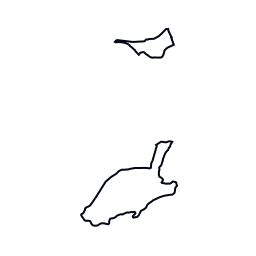 the district of Miri, Sarawak, Malaysia, rotated 61°
{"feature_id": "92858781B82463401188704", "entity_name": "Miri", "entity_type": "district", "adm_level": 2, "iso_a3": "MYS", "parent_name": "Malaysia", "parent_adm1": "Sarawak", "projection": "natural_earth1", "projection_center": [115.075, 3.792], "detail": "fine", "context": "isolated", "style": "outline", "palette": "ink", "viewbox_px": 256, "rotation_deg": 61, "n_neighbors": 0, "source": "geoboundaries", "source_scale": "gbopen_adm2", "svg_char_len": 3573}
<svg xmlns="http://www.w3.org/2000/svg" viewBox="0 0 256 256"><g transform="rotate(61 128 128)"><path d="M198.4,112.5L198.2,112.8L197.9,113.2L196.6,114.5L196.6,115.3L197.0,117.3L196.9,118.6L196.3,119.4L195.1,121.9L194.3,122.6L193.8,123.2L193.3,124.1L192.4,125.0L191.8,125.0L191.6,124.4L191.0,123.4L190.5,122.7L189.9,122.4L188.5,122.6L187.6,123.0L186.9,123.5L185.8,124.1L184.3,123.9L182.0,122.6L181.0,122.0L179.8,120.8L179.1,120.5L178.0,120.1L177.5,119.6L177.2,118.7L176.9,117.5L176.5,116.7L175.9,116.1L174.1,114.3L173.3,113.4L172.0,112.4L171.2,111.4L170.6,110.6L169.5,109.4L167.7,106.9L167.3,105.9L166.9,104.6L166.7,103.6L165.9,102.8L165.4,102.2L165.0,101.5L164.8,100.6L164.5,100.1L163.4,99.1L162.9,98.5L162.6,97.9L161.5,96.0L160.7,96.9L159.8,98.1L159.4,99.0L159.2,100.4L158.9,101.8L158.2,102.8L157.3,103.9L156.7,104.6L156.1,105.8L156.4,111.7L157.6,111.5L168.9,122.8L169.9,124.5L171.5,125.7L173.9,127.3L173.7,129.0L172.7,130.0L171.3,132.3L166.4,141.2L164.8,145.8L164.4,147.7L162.4,152.1L161.4,153.8L161.3,157.1L161.8,158.6L162.4,160.9L162.5,164.4L162.7,166.9L163.7,171.5L164.1,173.5L171.4,186.8L175.0,193.6L176.3,196.3L176.9,197.6L177.5,199.3L177.5,200.8L177.2,202.3L177.5,204.0L177.5,204.5L179.0,205.5L179.4,206.4L179.8,207.0L180.3,207.4L180.7,208.2L180.9,209.4L180.8,210.5L181.4,211.2L182.4,211.2L183.1,211.2L184.5,211.0L185.5,210.9L186.2,210.9L187.0,210.9L187.5,210.7L188.1,210.4L188.8,209.7L189.3,208.9L189.6,208.1L190.4,206.9L191.1,206.3L191.9,206.3L192.6,206.3L193.4,206.3L194.3,206.4L195.0,206.3L195.6,206.1L196.2,205.7L197.1,204.8L197.6,204.1L197.9,203.4L198.6,201.6L198.4,200.6L198.3,199.4L198.4,198.0L198.7,196.9L199.3,195.9L200.2,194.7L200.9,193.9L202.0,192.9L202.6,191.9L202.5,191.2L202.1,190.6L200.8,189.9L199.9,189.1L199.3,188.4L198.8,187.6L198.9,186.6L199.2,185.9L199.5,185.0L199.8,184.4L199.9,183.4L199.9,182.3L199.4,180.2L199.5,178.4L199.7,177.5L199.8,176.5L200.2,175.8L200.4,175.4L200.9,174.9L201.0,174.2L201.1,173.1L201.1,172.2L201.1,171.4L201.3,170.7L201.4,169.7L201.8,169.1L202.5,168.1L202.8,166.8L202.9,166.1L203.4,165.5L203.6,165.1L203.9,164.4L204.2,163.6L204.7,162.8L205.5,162.6L206.1,162.8L206.6,163.5L206.7,164.4L206.9,165.2L207.1,165.8L207.8,166.7L208.5,166.9L209.2,166.4L209.4,165.9L209.5,165.0L209.7,164.4L210.1,163.9L210.2,163.0L209.9,162.1L209.5,160.8L208.6,159.5L207.6,158.0L206.8,157.0L206.8,155.7L206.8,153.8L206.8,152.8L206.5,151.3L205.9,150.2L205.0,149.0L204.6,148.3L204.3,147.3L204.0,146.3L203.8,143.1L203.6,142.2L203.4,141.3L203.7,137.5L203.7,136.3L203.8,135.1L203.9,133.8L204.2,132.2L204.9,129.0L206.3,124.9L206.8,123.8L207.4,122.2L207.7,121.4L207.6,120.1L207.3,119.0L206.8,118.3L206.2,117.8L205.4,117.2L204.5,116.6L204.0,116.2L203.3,115.6L202.6,114.2L202.5,113.4L202.2,113.0L201.4,112.9L200.2,112.7L199.5,112.5L198.4,112.5ZM69.2,83.0L68.4,81.4L68.3,79.9L68.9,78.0L69.6,77.2L70.1,77.0L71.9,76.6L72.7,76.2L73.4,75.6L76.1,74.6L78.3,72.8L78.8,71.2L80.0,69.2L80.9,67.8L81.2,67.1L82.2,65.4L82.4,63.7L81.9,62.8L81.1,61.7L80.2,60.6L78.0,58.6L77.7,58.0L77.0,55.4L76.9,53.5L77.1,51.5L77.2,49.9L77.3,48.8L77.4,47.6L69.9,46.4L70.0,45.9L63.2,45.6L62.2,45.4L61.7,45.2L61.1,44.8L60.8,44.9L60.7,45.6L60.5,45.8L60.2,46.1L59.9,46.6L60.0,47.1L60.9,50.0L62.0,53.8L62.3,55.3L62.6,57.1L62.6,58.6L62.6,60.0L62.6,61.1L62.5,62.1L62.2,62.9L61.7,63.7L61.3,64.6L60.9,65.4L60.5,66.2L60.3,67.2L60.1,68.2L59.6,68.6L59.5,69.7L60.0,71.2L60.1,71.8L55.0,82.2L45.8,94.9L45.9,96.5L46.3,97.7L47.1,97.2L48.5,94.1L50.9,90.7L53.8,87.9L55.8,86.6L57.4,86.5L58.6,85.8L63.0,84.4L63.1,84.2L64.8,84.2L67.6,83.4L69.2,83.0Z" fill="none" stroke="#020617" stroke-width="2"/></g></svg>